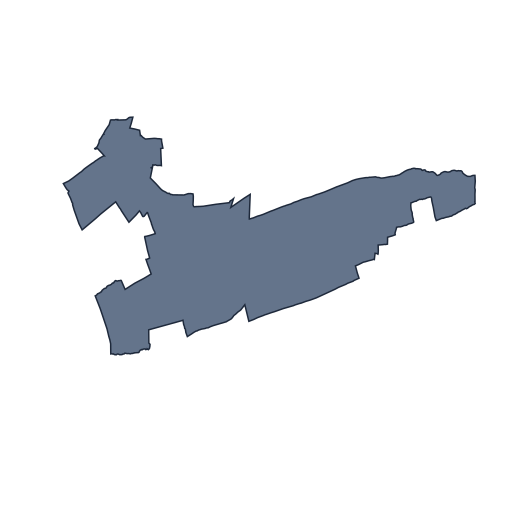 the district of Dimitrie Cantemir, Vaslui, Romania, rotated 102°
{"feature_id": "2599482B29035233418864", "entity_name": "Dimitrie Cantemir", "entity_type": "district", "adm_level": 2, "iso_a3": "ROU", "parent_name": "Romania", "parent_adm1": "Vaslui", "projection": "robinson", "projection_center": [28.052, 46.525], "detail": "fine", "context": "isolated", "style": "filled", "palette": "slate", "viewbox_px": 512, "rotation_deg": 102, "n_neighbors": 0, "source": "geoboundaries", "source_scale": "gbopen_adm2", "svg_char_len": 6091}
<svg xmlns="http://www.w3.org/2000/svg" viewBox="0 0 512 512"><g transform="rotate(102 256 256)"><path d="M328.4,405.0L340.1,397.3L358.2,386.6L365.4,383.2L368.3,381.6L372.1,379.9L382.0,377.7L381.6,376.6L381.7,375.6L381.5,375.4L381.4,375.1L381.9,374.0L381.7,372.9L381.8,372.5L381.6,372.0L380.9,371.5L380.6,370.9L380.6,370.0L380.9,368.8L380.3,366.5L379.6,365.9L379.3,364.7L378.4,364.2L378.3,363.8L378.3,361.8L377.9,360.4L377.8,358.4L377.3,357.7L376.9,356.2L376.5,355.8L376.3,355.2L375.9,354.7L376.0,354.3L375.7,353.8L374.9,350.8L374.2,350.3L373.4,350.2L372.0,349.5L371.8,349.0L371.8,348.8L371.3,348.5L371.3,347.6L370.6,347.1L369.9,345.2L370.5,344.6L370.4,344.2L370.2,344.0L370.0,343.2L369.4,343.2L369.9,341.8L369.5,341.7L369.0,341.1L368.5,341.0L366.5,341.0L364.4,341.3L363.4,342.7L350.5,345.6L334.8,315.4L334.0,314.1L338.1,312.5L339.8,311.4L341.6,310.7L342.2,309.9L345.4,308.7L349.1,306.4L345.8,303.0L343.4,300.7L341.9,299.0L341.6,298.1L340.3,296.7L339.8,295.6L338.9,294.2L337.5,290.7L336.6,289.4L336.2,287.9L334.6,285.9L332.9,283.2L326.4,271.2L325.8,270.7L323.0,267.5L322.3,266.9L320.1,265.8L318.8,265.3L317.1,263.8L314.6,262.1L312.1,259.8L306.0,256.8L321.4,249.4L318.6,245.1L315.9,241.6L312.5,236.2L311.5,234.9L311.4,234.5L308.2,229.2L306.6,226.3L301.7,218.3L296.8,209.1L295.6,207.4L293.0,202.8L293.0,202.5L290.0,197.8L287.9,193.9L284.4,188.3L272.0,171.7L269.6,168.9L265.0,162.2L263.7,160.8L260.5,155.8L259.6,155.1L256.3,150.6L251.7,153.3L245.0,156.7L243.1,153.9L239.7,149.7L239.1,148.3L238.1,146.4L237.2,144.8L235.6,141.5L234.9,140.6L234.9,139.5L228.6,140.1L228.5,138.0L228.9,137.1L228.5,137.0L225.2,137.5L219.9,138.8L218.6,134.5L218.0,132.9L217.8,131.6L217.1,129.9L213.1,130.6L210.3,131.2L207.9,126.7L206.3,124.2L204.7,124.8L199.7,124.4L198.7,124.5L197.8,122.5L197.5,120.9L196.5,119.0L195.3,117.3L194.9,115.9L194.5,115.1L193.0,113.6L191.6,110.6L190.6,109.2L190.1,108.8L189.6,108.9L187.3,110.0L186.9,110.0L185.7,110.7L183.1,111.8L182.2,111.9L180.7,112.5L179.4,113.4L178.1,114.0L174.6,115.1L171.8,115.5L171.3,114.5L169.6,112.1L169.0,110.5L168.4,110.1L166.6,107.8L166.4,106.6L166.0,105.7L166.1,105.0L165.9,104.6L165.4,104.2L165.1,102.9L164.3,101.7L163.6,101.0L162.1,98.0L161.9,97.3L162.8,96.4L165.9,95.3L171.6,92.7L180.5,89.1L183.9,87.0L180.5,82.0L180.2,80.8L178.7,78.3L177.5,75.4L177.1,75.1L176.4,73.2L175.8,72.5L174.5,71.4L174.0,70.2L171.8,68.0L171.8,67.8L170.9,67.3L170.3,66.1L168.2,63.9L166.7,62.0L165.8,61.2L166.0,60.0L165.2,58.9L164.3,58.3L163.2,57.3L162.2,56.0L160.8,54.6L160.4,53.7L159.9,53.0L159.0,52.5L157.5,53.3L157.2,53.1L150.0,54.7L146.1,55.3L145.0,55.6L144.0,56.2L137.0,57.1L136.1,57.4L131.6,58.6L131.7,59.2L132.2,60.8L133.6,62.9L134.1,65.6L133.4,67.9L132.3,70.3L131.7,71.1L130.5,72.0L130.0,73.2L130.4,74.8L130.4,75.8L131.1,77.2L130.9,79.4L131.0,80.2L131.8,82.2L133.3,83.8L134.1,85.7L134.1,88.6L134.4,89.5L135.5,91.1L136.7,92.4L137.3,92.5L138.3,93.4L139.3,94.9L139.5,95.5L139.3,96.1L137.9,97.9L136.9,100.4L136.9,100.9L137.2,102.1L138.1,104.1L137.7,104.7L137.9,106.0L137.7,107.5L136.8,108.2L136.7,109.0L137.0,109.9L137.7,111.0L137.7,111.3L137.0,112.1L136.7,113.1L137.1,116.7L137.5,118.0L137.2,118.6L137.4,120.0L138.3,122.0L139.1,122.9L139.4,124.0L140.5,125.9L142.5,128.4L143.9,129.7L145.0,131.0L145.7,131.5L146.9,132.9L147.6,134.4L148.1,135.1L148.3,135.9L149.3,137.4L149.5,137.8L149.5,138.6L149.9,139.5L150.3,140.9L152.8,146.7L153.7,149.3L153.8,150.4L153.6,152.0L153.9,153.7L153.7,155.5L155.2,160.4L155.3,161.1L156.2,163.3L156.4,164.6L158.7,170.6L160.3,174.1L162.2,177.4L165.4,181.6L171.6,191.5L175.2,196.6L179.2,202.4L182.7,208.2L183.3,209.5L186.6,214.2L189.8,220.6L191.4,223.3L193.8,226.8L195.7,230.1L197.8,232.7L200.3,237.2L200.9,238.0L201.5,239.2L203.0,241.6L207.9,248.9L209.1,250.9L213.7,257.5L215.4,260.3L216.7,262.8L219.3,266.6L221.2,270.2L219.7,270.6L196.9,274.5L202.0,279.7L213.7,290.7L204.5,289.9L206.3,291.3L207.5,292.7L209.4,293.2L213.8,306.1L218.3,317.9L219.1,320.8L220.2,325.2L220.7,326.5L220.7,326.9L220.5,327.3L218.9,328.3L214.9,328.9L210.7,329.7L208.4,330.5L208.5,332.8L209.1,335.3L211.3,339.1L213.5,350.2L213.3,351.2L213.6,352.3L212.7,353.8L212.8,354.4L213.1,354.8L213.0,355.8L212.3,357.6L211.4,361.0L210.2,363.2L206.1,368.9L201.7,375.6L191.5,375.7L191.6,376.5L191.5,377.0L191.4,377.0L191.2,376.5L190.2,375.7L188.3,375.8L188.3,374.5L187.7,373.5L188.0,372.1L187.9,370.9L187.3,368.6L187.3,367.3L170.7,371.6L169.9,369.5L163.1,372.3L161.3,372.7L161.4,375.1L161.7,376.4L161.8,378.2L162.1,380.1L164.6,388.5L163.3,391.7L162.0,393.4L162.3,394.1L157.2,396.0L157.0,401.3L157.1,406.1L152.4,405.6L145.8,405.3L146.5,408.1L147.1,409.1L149.0,410.6L149.7,411.4L150.0,412.2L151.8,419.6L151.8,419.9L151.3,419.8L151.7,421.7L152.3,422.6L152.8,425.4L153.3,426.6L158.1,426.9L164.7,429.6L168.5,430.6L168.7,430.3L168.9,430.8L173.2,432.3L174.9,433.2L175.8,433.3L176.8,433.2L178.2,433.2L182.1,434.1L184.2,435.7L184.7,436.7L184.6,436.0L184.8,435.0L183.8,433.9L183.8,433.4L188.0,427.3L189.6,425.2L189.7,425.8L192.6,429.1L196.5,432.9L198.6,434.6L199.0,435.2L204.3,440.1L206.7,442.2L209.8,444.3L211.0,445.5L218.0,451.5L221.6,454.8L225.2,459.5L228.7,456.3L230.4,454.5L231.4,452.5L231.8,452.5L233.1,453.0L233.7,452.9L238.3,449.3L242.0,447.0L242.5,446.3L243.4,446.2L244.5,445.8L249.1,443.3L261.3,435.8L266.6,431.5L252.9,420.8L247.4,416.8L232.2,404.5L237.4,399.4L238.0,398.5L239.6,397.2L249.4,387.3L240.9,381.9L236.1,379.4L237.4,377.9L240.7,375.2L240.9,374.9L240.9,374.5L240.4,373.7L236.1,371.5L236.1,371.1L238.7,369.6L245.2,365.4L247.0,364.6L247.4,364.2L249.7,362.9L251.7,361.6L252.3,361.0L253.4,360.1L255.1,359.2L258.1,364.5L259.5,367.4L260.0,368.8L260.5,368.9L273.2,363.2L280.1,359.6L281.9,362.0L282.2,362.9L286.9,360.1L291.6,357.1L295.4,354.8L301.2,361.0L307.7,368.8L315.9,377.1L308.0,382.7L307.9,383.0L308.0,383.4L308.5,384.3L308.7,385.3L309.4,386.5L309.4,387.0L309.2,388.0L309.3,388.4L310.4,389.2L311.6,389.5L312.2,390.1L312.3,390.8L313.8,391.6L314.7,392.7L315.5,394.2L316.4,395.2L317.4,395.7L317.8,395.7L318.7,396.2L319.3,397.6L321.6,399.4L323.2,399.8L323.6,400.5L324.5,401.1L326.0,403.2L326.7,403.4L327.8,404.2L328.4,405.0Z" fill="#64748b" stroke="#1e293b" stroke-width="1.5"/></g></svg>